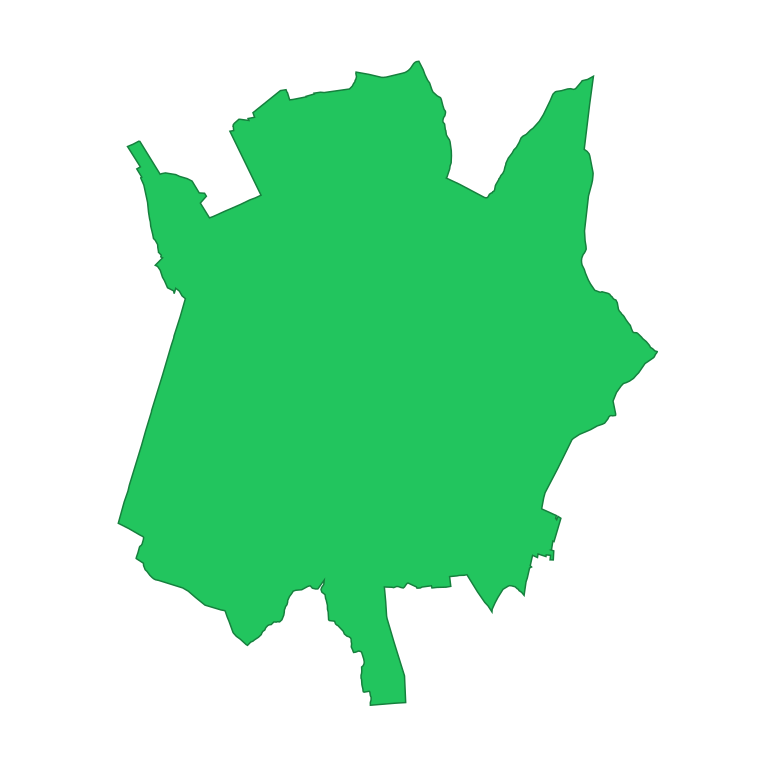 Ixcaquixtla, Puebla, Mexico (Equal Earth projection), rotated 356°
{"feature_id": "50627088B51298056113446", "entity_name": "Ixcaquixtla", "entity_type": "district", "adm_level": 2, "iso_a3": "MEX", "parent_name": "Mexico", "parent_adm1": "Puebla", "projection": "equal_earth", "projection_center": [-97.829, 18.478], "detail": "fine", "context": "isolated", "style": "filled", "palette": "green", "viewbox_px": 768, "rotation_deg": 356, "n_neighbors": 0, "source": "geoboundaries", "source_scale": "gbopen_adm2", "svg_char_len": 6127}
<svg xmlns="http://www.w3.org/2000/svg" viewBox="0 0 768 768"><g transform="rotate(356 384 384)"><path d="M638.8,390.6L645.8,381.8L654.5,376.7L655.5,375.8L656.8,373.5L658.6,371.4L658.8,370.7L656.6,369.9L654.4,367.5L652.7,366.3L652.2,365.7L651.5,364.0L648.7,360.1L645.2,356.7L644.2,355.2L640.5,351.1L639.6,350.5L636.6,350.1L635.7,349.1L634.6,345.8L633.8,342.7L632.0,340.2L629.9,336.8L628.3,333.6L627.5,332.4L626.0,330.8L625.6,329.9L623.8,327.5L623.1,325.8L622.4,319.3L621.2,316.4L619.5,315.6L618.5,314.6L617.7,313.1L616.3,311.7L615.4,310.2L613.8,309.2L607.9,307.2L606.1,307.6L600.8,305.2L596.9,298.5L595.0,294.3L592.7,287.5L591.8,283.7L589.9,279.1L589.6,277.0L589.6,274.6L590.1,272.1L591.7,268.7L593.0,267.3L594.1,265.6L595.1,263.6L595.1,260.4L594.6,255.2L594.7,245.3L601.1,210.7L605.2,198.8L606.2,195.3L607.0,190.7L607.3,188.4L607.2,187.1L605.2,170.9L604.7,168.8L602.9,166.2L600.1,163.9L608.6,119.6L614.4,91.6L608.3,94.4L602.8,95.3L601.6,96.8L596.0,102.5L594.9,103.1L593.5,103.3L590.7,102.4L587.7,102.5L581.4,103.8L576.4,104.2L575.3,104.5L573.0,106.4L572.3,107.5L569.5,113.0L561.8,126.4L557.3,132.7L550.6,139.2L547.9,140.9L543.3,144.9L539.8,146.5L537.9,148.1L535.7,152.4L532.5,157.2L529.9,159.5L528.0,162.5L523.7,167.4L521.0,172.3L520.8,173.6L519.7,176.2L518.7,179.6L517.1,182.3L515.8,183.5L514.8,184.7L514.0,186.3L513.0,187.2L512.7,188.1L509.6,192.7L508.9,194.0L507.9,198.0L506.9,199.5L506.0,199.7L505.0,200.9L504.4,200.9L502.4,202.1L500.9,204.5L500.1,205.2L498.6,205.4L497.0,204.8L473.4,190.1L460.5,182.9L461.3,181.9L464.5,174.1L465.1,171.2L466.4,168.1L467.2,161.1L467.4,156.0L466.8,147.1L466.3,145.0L464.7,142.2L463.6,139.8L463.3,135.5L462.9,134.4L462.6,128.9L461.1,126.8L461.1,125.3L461.4,124.1L462.1,122.3L463.4,120.7L464.3,117.7L464.3,116.2L463.1,114.3L462.1,110.2L461.0,104.0L460.3,102.3L457.2,100.3L453.2,96.1L452.2,93.4L450.5,86.9L448.7,84.0L446.4,78.2L445.0,73.2L441.3,64.5L438.8,64.7L437.6,65.2L436.0,66.4L432.4,71.0L430.2,72.9L428.1,74.1L426.4,74.8L423.9,75.3L407.7,78.0L404.7,78.1L402.8,77.9L390.6,74.1L377.9,70.9L377.6,72.3L378.0,75.6L377.1,78.2L376.4,79.0L376.1,80.4L374.6,82.2L373.2,84.6L370.1,87.3L344.7,89.1L340.9,88.5L334.5,89.0L334.8,89.8L326.4,91.6L326.6,92.1L313.2,93.8L309.7,94.0L308.0,86.6L307.4,85.8L306.8,83.6L301.1,84.1L272.2,104.2L273.5,108.9L266.9,109.7L267.6,111.7L258.9,109.9L257.7,109.8L253.0,113.4L251.8,114.7L251.4,116.2L251.6,116.2L251.7,120.7L247.9,121.1L274.5,187.1L268.5,189.4L263.0,191.0L253.3,194.9L237.1,200.6L225.3,205.0L221.5,206.1L213.4,190.7L219.9,184.3L218.3,181.2L213.0,180.5L206.7,168.2L202.0,165.4L194.5,162.6L190.9,160.6L180.7,158.2L177.0,158.6L175.3,159.1L157.4,125.0L156.3,124.7L150.4,127.3L144.7,129.2L156.1,150.4L152.4,152.2L156.8,160.8L155.2,161.5L155.6,161.4L156.2,162.9L158.3,168.8L160.8,186.3L161.1,196.2L161.7,203.1L162.2,205.9L162.3,210.3L163.7,218.5L164.2,222.8L165.8,224.6L167.9,229.1L167.9,232.2L168.3,236.5L168.2,236.8L170.8,239.9L170.2,241.6L171.9,242.7L164.1,249.6L166.3,250.9L168.7,254.9L170.5,262.1L172.2,265.6L174.8,272.9L180.6,276.4L181.0,279.2L182.9,274.0L186.3,277.0L188.7,282.0L191.8,285.0L185.3,302.9L177.9,321.4L177.4,323.5L174.4,330.9L163.8,359.4L150.2,394.6L150.1,395.5L143.0,414.0L137.9,428.2L123.0,466.9L121.1,473.0L116.6,483.5L109.2,504.4L118.8,510.1L129.8,517.5L132.9,519.4L133.5,520.3L133.1,522.4L131.5,526.8L130.5,528.1L129.2,528.9L128.7,529.6L126.8,535.1L124.9,539.6L124.6,540.8L131.5,546.0L131.5,548.4L132.8,552.6L134.4,554.3L137.1,558.5L139.2,560.9L140.7,562.3L142.4,563.3L145.5,564.2L169.0,573.4L174.3,577.0L181.0,583.7L190.0,592.1L205.6,598.0L209.4,599.0L209.9,600.0L211.3,605.3L212.9,610.1L216.0,621.1L216.6,622.2L219.1,625.4L222.7,628.4L228.3,634.3L229.6,635.2L233.0,632.2L235.5,631.3L236.8,630.3L241.1,627.9L244.1,625.4L244.7,624.0L245.8,622.4L247.9,621.1L249.1,618.8L251.3,616.8L252.9,616.2L254.7,616.1L257.5,613.7L260.1,614.0L261.0,613.7L263.3,614.0L265.7,612.1L267.9,607.6L268.6,604.7L268.9,602.3L269.6,601.0L270.2,599.3L271.8,597.4L272.6,595.1L272.9,593.1L274.9,589.4L277.4,586.5L279.0,584.3L281.6,583.6L287.6,583.5L293.9,580.6L295.8,580.2L296.5,580.3L298.3,582.7L301.5,583.7L303.7,583.8L310.7,575.4L309.9,579.9L307.7,582.5L306.8,584.7L307.5,587.3L310.5,590.0L310.8,594.1L311.2,595.1L312.1,600.8L311.9,604.8L312.4,607.5L312.3,615.3L312.9,616.1L313.6,616.3L317.0,616.9L318.2,617.3L318.9,619.9L320.0,621.1L321.1,621.7L326.1,627.8L327.0,630.6L329.5,633.0L331.4,633.7L332.8,634.8L333.4,636.2L333.3,638.7L333.6,640.8L333.0,644.0L334.3,647.5L334.5,648.5L335.0,649.7L337.2,649.5L340.0,648.6L341.9,649.2L342.7,649.7L343.0,650.3L344.6,657.0L344.9,659.9L344.6,661.6L343.5,663.6L341.9,664.8L341.8,668.7L341.5,670.9L340.8,672.9L340.6,675.9L341.0,677.0L341.0,682.6L341.7,687.1L341.7,688.8L342.0,689.7L342.8,690.0L347.8,689.5L348.4,690.3L348.7,694.0L349.3,695.8L349.0,698.6L348.5,699.7L348.1,701.1L348.0,703.5L373.6,703.2L383.4,703.3L384.1,676.6L375.9,641.9L370.7,618.2L370.4,615.7L370.5,601.0L370.2,586.5L377.7,587.3L379.5,587.8L382.2,586.9L383.1,586.9L384.5,587.2L386.7,588.2L389.0,588.8L390.2,588.0L392.2,585.5L393.2,584.5L394.1,584.2L402.2,588.7L402.6,589.9L403.5,590.0L406.0,590.0L407.8,589.2L417.2,588.6L417.6,590.8L422.8,590.6L431.7,591.0L436.5,590.5L436.0,580.7L443.3,580.5L445.8,580.2L450.7,580.4L453.4,580.0L462.8,597.9L469.3,608.9L472.3,612.6L475.8,618.9L476.2,616.2L476.7,615.3L479.5,610.1L482.8,604.8L488.4,597.1L493.8,594.3L495.1,593.9L497.1,594.2L500.8,595.5L502.6,597.5L503.1,597.7L503.9,598.7L504.3,599.5L506.8,601.5L509.0,604.6L511.9,591.2L513.4,587.6L516.4,577.7L518.4,576.8L517.2,575.5L519.4,568.0L520.3,565.3L525.0,567.8L525.8,564.3L533.5,567.4L533.9,565.8L538.2,566.5L537.4,571.0L540.6,571.3L541.7,562.3L539.1,561.2L539.5,561.1L541.5,552.5L542.6,553.1L551.1,530.3L548.3,528.2L546.8,531.5L545.8,530.0L546.8,527.3L532.8,519.7L532.6,519.4L535.4,508.6L537.1,503.7L551.3,480.6L567.6,452.7L569.1,451.5L575.5,447.9L587.0,443.9L593.8,440.7L599.2,439.3L601.4,438.4L604.9,434.5L605.9,432.6L607.4,431.4L608.8,431.4L609.9,431.7L612.7,431.5L612.9,431.1L613.0,430.0L611.3,417.0L615.3,408.7L620.3,402.6L622.9,400.2L625.8,399.5L629.2,398.2L633.4,395.7L636.4,392.7L638.8,390.6Z" fill="#22c55e" stroke="#15803d" stroke-width="1.5"/></g></svg>